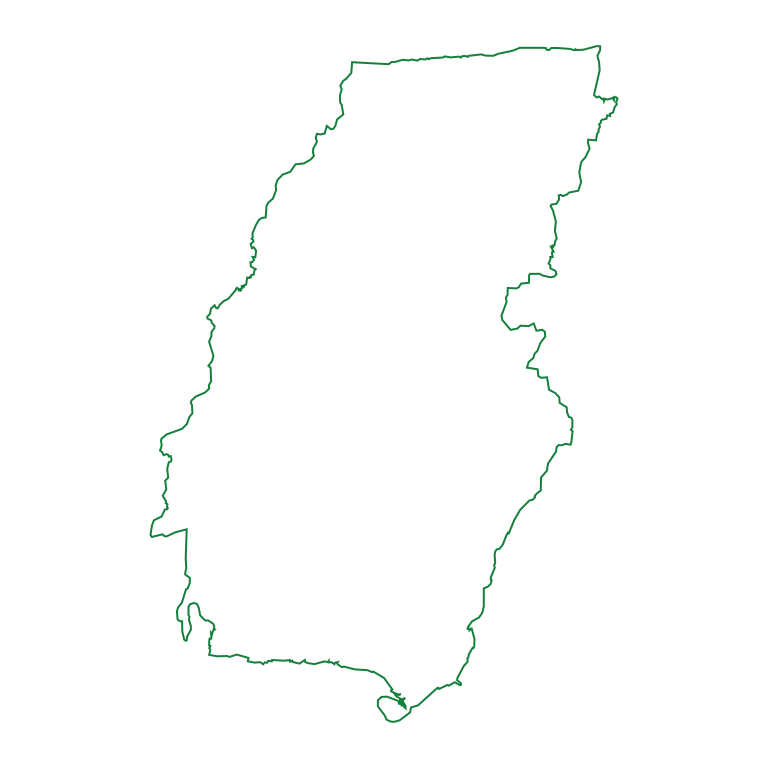 the district of Pamekasan, Jawa Timur, Indonesia
{"feature_id": "22746128B37926964335633", "entity_name": "Pamekasan", "entity_type": "district", "adm_level": 2, "iso_a3": "IDN", "parent_name": "Indonesia", "parent_adm1": "Jawa Timur", "projection": "natural_earth1", "projection_center": [113.504, -7.071], "detail": "fine", "context": "isolated", "style": "outline", "palette": "green", "viewbox_px": 768, "rotation_deg": 0, "n_neighbors": 0, "source": "geoboundaries", "source_scale": "gbopen_adm2", "svg_char_len": 6064}
<svg xmlns="http://www.w3.org/2000/svg" viewBox="0 0 768 768"><path d="M600.2,46.3L596.8,46.1L583.5,49.7L576.5,50.0L575.5,49.2L574.7,50.3L569.7,48.9L557.6,48.0L551.3,48.0L549.0,50.1L546.6,49.7L546.2,48.2L543.0,47.8L519.9,47.8L512.6,50.7L498.2,53.8L493.3,55.8L485.5,55.6L481.2,54.4L468.3,55.9L467.9,56.8L464.4,55.9L461.6,56.4L461.0,57.5L458.6,56.6L450.6,57.4L444.8,56.4L443.0,57.5L430.8,58.2L428.9,59.2L427.4,58.2L425.5,59.5L420.0,59.0L417.5,60.6L411.5,59.5L408.9,60.4L402.6,59.8L394.9,62.0L391.7,61.9L388.6,64.2L352.1,62.2L351.3,72.9L346.4,78.6L343.1,80.9L340.3,85.8L341.7,89.5L340.0,95.2L340.1,102.4L341.7,104.8L343.3,114.4L337.1,119.5L335.4,125.8L333.3,128.8L331.1,129.3L326.8,126.0L324.6,133.6L320.5,134.4L316.9,133.9L315.7,138.0L316.8,141.0L316.5,142.8L313.2,148.6L313.0,152.8L314.0,155.7L310.9,159.4L303.9,163.4L295.4,164.4L290.3,171.8L282.8,174.5L277.6,179.8L275.7,185.3L276.1,190.2L272.9,198.6L268.3,202.6L266.5,205.9L265.7,217.4L261.6,218.0L259.0,219.8L255.7,225.5L252.4,233.6L252.8,237.4L251.6,238.8L253.3,240.2L253.4,241.6L250.6,244.0L251.9,248.1L253.7,247.2L256.1,250.7L255.3,257.3L252.6,256.9L254.1,259.9L251.8,262.3L250.5,262.2L250.9,266.5L255.7,269.2L254.5,270.2L253.7,274.6L251.3,274.9L250.9,277.2L249.7,277.0L249.4,278.1L247.3,277.5L246.1,284.5L242.8,285.9L243.9,286.7L243.4,287.3L241.8,286.4L241.8,288.4L239.7,289.1L241.0,290.2L240.2,290.8L238.9,290.5L237.3,287.8L236.1,288.5L235.7,290.1L228.1,299.0L224.1,300.8L219.9,304.6L217.7,308.3L216.2,308.1L214.6,305.3L210.9,308.7L210.0,313.9L207.2,316.7L207.5,318.6L211.2,320.3L211.7,322.6L214.6,326.2L214.3,328.2L211.6,331.7L211.4,336.1L209.1,341.6L213.4,355.9L212.2,360.7L208.4,365.9L210.6,367.6L211.1,381.4L208.9,385.1L209.1,388.6L205.3,392.4L195.7,396.6L191.4,400.6L190.9,402.7L192.0,405.4L192.4,413.3L189.5,416.8L186.9,424.0L182.1,428.8L166.9,434.3L161.5,438.6L161.0,440.4L161.7,445.5L160.1,450.7L162.2,452.1L163.6,455.2L166.7,454.1L168.4,455.1L168.8,456.6L170.7,456.1L171.5,459.3L171.2,461.3L168.8,462.2L167.2,469.0L168.2,477.6L165.2,480.7L166.3,489.7L162.7,495.7L166.1,501.4L165.8,503.2L167.4,504.2L167.0,507.5L167.8,508.2L167.0,509.3L164.9,509.5L161.6,516.5L153.9,520.3L152.0,525.4L150.5,534.7L151.8,537.0L162.6,534.3L164.2,536.0L166.3,536.5L175.4,532.3L186.7,529.3L185.7,558.6L186.3,568.4L185.1,573.3L185.3,574.6L189.8,577.8L189.8,583.1L187.6,588.6L186.0,589.3L181.9,602.7L178.3,607.1L176.9,611.1L177.6,619.6L179.7,621.1L182.1,621.2L182.3,631.5L184.2,639.6L185.7,640.8L186.7,640.3L187.1,636.7L190.9,629.6L190.8,625.7L188.9,619.8L189.5,616.9L188.5,614.8L188.5,606.8L190.1,604.2L193.9,603.0L197.1,604.0L198.9,608.3L200.1,615.3L204.2,619.6L205.8,620.6L208.0,620.4L212.8,623.4L214.3,626.1L213.8,628.5L214.9,629.4L213.2,630.4L212.0,634.4L211.1,633.0L211.4,638.1L210.9,638.9L209.7,638.5L209.3,639.9L209.1,645.3L210.4,645.9L209.2,648.0L210.3,649.8L209.2,654.9L217.3,656.3L227.1,656.0L229.4,656.9L236.7,654.6L248.5,657.9L247.8,661.3L254.7,662.6L260.4,662.2L263.2,664.3L264.7,662.4L267.1,662.8L268.2,660.9L271.9,661.3L272.1,660.0L284.3,660.7L289.8,660.0L289.9,661.5L292.2,660.7L292.4,661.9L299.5,663.6L304.8,660.0L305.1,661.9L307.6,663.1L314.5,664.1L324.4,661.4L328.0,662.1L328.7,661.0L328.7,662.4L331.1,662.1L334.4,664.2L334.6,662.9L337.7,662.1L337.0,663.2L337.7,664.4L341.9,667.1L344.1,666.6L354.8,669.4L367.5,670.2L372.2,672.2L373.1,671.5L384.0,677.9L392.4,689.5L390.9,690.5L391.2,691.4L397.1,694.1L399.3,694.6L400.7,693.6L399.7,694.9L395.0,694.5L396.5,696.4L401.6,699.3L405.4,698.0L402.9,699.8L399.9,699.8L403.2,701.2L402.9,701.9L405.6,706.0L405.6,707.6L402.1,701.7L401.7,701.7L403.9,705.6L403.8,706.4L402.2,703.7L401.4,706.3L401.4,703.2L400.2,701.6L400.4,704.4L399.5,702.6L399.1,704.6L398.6,701.1L387.2,696.7L381.5,696.9L377.9,700.3L377.9,706.4L384.7,715.4L386.5,719.6L390.2,721.4L394.0,721.9L399.7,720.3L410.0,712.5L411.1,707.4L418.0,705.4L437.0,688.2L438.4,687.8L438.6,688.8L439.5,688.8L447.5,684.9L448.7,685.7L454.8,682.2L460.2,685.3L461.0,684.6L460.9,683.3L457.1,680.2L457.3,678.2L463.9,665.8L467.6,661.8L467.4,658.2L468.3,657.6L468.8,654.4L472.7,647.7L473.6,648.0L474.2,646.7L474.5,639.0L471.7,628.7L469.6,630.3L469.7,628.7L467.7,629.0L467.7,627.6L471.9,621.4L479.0,617.5L482.2,613.0L483.8,606.4L483.8,588.4L487.8,586.7L490.6,584.0L491.7,580.4L490.7,579.7L491.0,576.9L494.8,567.8L494.1,565.2L495.2,563.1L494.6,554.7L495.5,550.9L496.9,549.3L499.4,549.0L502.8,544.5L506.4,535.4L508.0,532.7L508.8,533.4L514.3,519.9L520.3,509.7L529.4,500.5L532.9,499.6L535.0,497.4L534.7,496.1L536.6,493.7L540.8,490.4L541.0,477.5L546.8,470.8L548.1,463.4L556.0,451.7L556.7,447.0L558.6,445.1L561.8,445.2L565.6,443.9L570.6,444.7L571.4,441.7L572.6,431.3L570.9,429.8L572.3,427.7L572.4,420.0L571.2,417.6L568.9,417.0L567.0,412.1L566.7,407.3L559.7,402.9L559.2,397.3L555.5,393.2L549.0,389.7L547.1,377.3L541.1,377.8L538.3,376.0L537.6,369.3L526.9,367.6L528.8,361.9L533.4,357.9L534.7,353.6L537.6,350.6L540.1,343.4L545.2,336.5L544.9,331.8L542.3,329.8L536.4,330.7L533.7,323.4L528.7,326.1L520.6,325.7L517.2,328.6L510.6,329.9L502.2,319.8L501.5,315.6L506.6,301.9L505.9,297.5L507.6,294.7L507.7,288.0L516.4,288.4L518.8,287.2L521.1,283.6L528.9,282.8L529.1,275.3L529.9,273.9L539.6,273.8L542.8,275.6L550.5,277.3L554.1,276.6L556.5,274.2L555.5,270.9L550.3,268.3L550.4,265.2L548.6,263.6L550.5,259.1L550.3,257.0L552.7,257.0L551.9,253.4L552.3,251.8L553.6,251.7L551.0,246.8L552.9,247.1L552.5,245.5L554.4,245.5L555.1,241.5L556.7,238.6L554.9,230.7L555.9,221.5L553.0,210.6L550.6,205.9L551.5,204.6L556.4,203.8L559.1,199.4L558.7,195.4L560.9,194.8L562.6,196.1L566.7,194.6L569.2,192.5L578.3,190.7L581.1,182.2L579.3,172.8L580.7,164.2L581.7,161.4L585.3,157.4L589.6,148.7L587.9,142.6L588.1,139.7L596.0,140.3L597.1,133.8L598.6,131.8L598.4,130.2L600.0,126.5L599.0,124.4L600.8,122.8L600.9,120.7L602.4,119.6L606.4,118.9L607.2,115.4L610.2,115.9L609.9,113.8L613.1,112.5L614.6,107.3L616.8,104.3L616.1,102.1L617.5,98.7L616.5,97.5L614.2,96.9L613.9,100.1L612.6,98.0L607.9,99.5L605.1,98.9L604.0,101.3L603.4,98.6L602.1,99.1L599.0,96.5L596.7,97.5L594.0,95.0L599.7,70.1L599.0,61.8L597.4,55.9L600.1,50.2L600.2,46.3Z" fill="none" stroke="#15803d" stroke-width="2"/></svg>